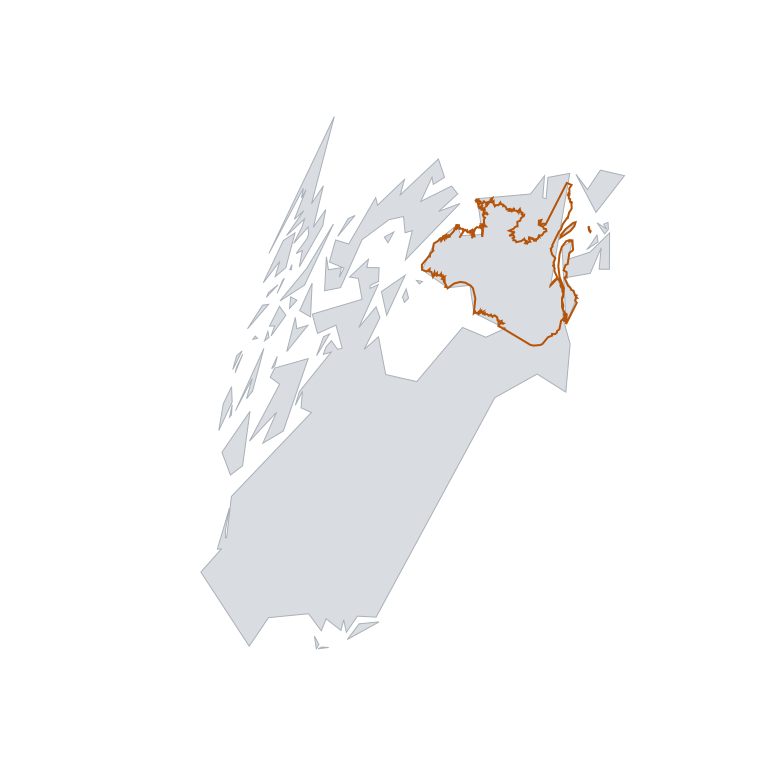 location of Québec within Canada, rotated 297°
{"feature_id": "CAN-683", "entity_name": "Québec", "entity_type": "Province", "adm_level": 1, "iso_a3": "CAN", "parent_name": "Canada", "parent_adm1": "", "projection": "robinson", "projection_center": [-69.443, 53.796], "detail": "fine", "context": "in_parent", "style": "outline", "palette": "amber", "viewbox_px": 768, "rotation_deg": 297, "n_neighbors": 0, "source": "natural_earth", "source_scale": "10m", "svg_char_len": 9871}
<svg xmlns="http://www.w3.org/2000/svg" viewBox="0 0 768 768"><g transform="rotate(297 384 384)"><path d="M145.1,421.1L123.4,387.2L89.2,382.9L133.3,306.2L163.2,314.0L161.2,310.5L203.4,302.6L181.1,309.3L174.9,312.7L175.8,313.5L214.6,299.1L325.7,332.3L325.1,320.9L340.5,314.7L324.8,314.6L338.8,312.1L388.6,322.5L382.8,316.5L390.5,315.5L398.7,317.4L393.8,327.0L396.9,330.5L414.6,314.5L398.9,301.8L413.7,288.4L449.5,326.0L466.4,313.2L463.7,304.7L488.1,313.5L480.0,315.9L485.4,326.9L472.9,332.5L466.5,327.7L464.7,327.2L462.9,328.2L469.9,333.7L422.8,335.9L449.2,341.9L441.2,350.3L405.8,350.6L423.5,357.7L393.2,381.2L401.0,412.1L470.0,428.3L471.9,453.6L488.6,466.7L488.2,431.8L510.9,415.8L498.7,397.1L503.1,366.3L531.7,364.7L558.9,376.9L551.1,385.2L561.8,403.6L591.6,383.2L619.8,428.3L642.3,432.5L622.1,440.9L622.7,444.3L642.5,436.3L656.0,453.9L547.7,487.6L556.7,490.8L545.8,502.7L538.9,504.8L523.2,514.2L504.1,531.7L459.3,549.7L462.4,515.9L422.1,488.9L172.7,482.8L165.1,465.7L145.7,463.2L155.6,455.1L144.9,457.5L148.5,439.0L135.6,440.2L145.1,421.1ZM458.8,295.8L469.1,295.7L467.9,280.0L490.4,275.5L492.7,289.0L546.3,292.0L540.4,297.1L575.6,309.4L559.8,312.6L609.2,330.3L595.7,344.1L584.2,337.3L590.0,332.9L563.4,333.9L591.0,354.3L586.9,363.4L562.5,354.3L579.3,369.7L504.2,346.7L533.5,339.6L528.3,334.1L542.1,325.4L532.6,313.8L502.5,298.9L450.1,301.5L440.1,288.7L471.2,274.9L460.6,282.6L468.3,293.2L458.8,295.8ZM448.1,222.2L599.7,218.3L511.5,237.6L533.0,240.0L491.5,249.9L512.9,252.9L497.2,257.6L449.9,255.4L465.9,250.6L460.4,246.5L478.6,249.4L483.4,248.8L489.4,245.1L468.3,239.7L486.8,239.7L495.0,238.3L472.1,229.8L502.2,233.9L490.0,229.4L521.6,226.4L512.3,226.0L521.8,223.3L448.1,222.2ZM272.0,290.1L336.4,291.1L338.3,279.6L348.5,279.3L372.2,304.9L296.4,315.6L276.3,303.0L310.0,301.1L272.0,290.1ZM576.2,517.5L560.5,496.6L548.6,516.6L520.2,519.0L587.3,480.2L596.6,486.7L578.9,491.5L595.0,507.7L621.1,516.4L588.6,532.7L583.9,523.6L603.9,515.7L576.2,517.5ZM249.6,270.6L298.8,277.0L247.0,295.1L233.2,288.5L249.6,270.6ZM419.4,230.5L466.2,229.2L478.2,236.1L443.1,243.7L430.2,238.3L445.9,235.5L419.4,230.5ZM410.8,253.6L451.7,262.6L503.7,266.3L436.0,268.3L410.8,253.6ZM292.9,263.8L361.2,260.8L318.1,270.1L308.5,268.2L329.0,264.1L292.9,263.8ZM658.0,459.8L649.6,477.0L672.8,479.7L678.8,503.7L633.1,495.0L658.0,459.8ZM368.8,282.6L403.0,274.8L393.7,281.1L401.8,289.6L368.8,282.6ZM446.4,355.2L465.2,339.8L490.5,353.5L446.4,355.2ZM411.1,275.5L441.2,274.2L410.4,288.1L411.1,275.5ZM312.4,249.4L299.0,256.9L267.5,257.9L293.3,249.8L312.4,249.4ZM405.8,255.6L400.7,265.4L375.6,261.6L386.2,260.2L383.5,255.7L405.8,255.6ZM371.2,237.3L399.1,240.0L402.6,245.0L371.2,237.3ZM139.7,467.3L159.0,470.7L169.8,487.6L139.7,467.3ZM494.6,275.7L515.1,277.0L521.1,281.7L494.6,275.7ZM378.6,311.1L398.7,308.7L404.0,312.8L378.6,311.1ZM419.3,261.3L419.1,268.4L408.4,265.5L419.3,261.3ZM413.0,239.6L424.3,244.5L407.9,239.8L413.0,239.6ZM515.0,317.6L524.0,323.8L511.7,323.4L515.0,317.6ZM332.2,245.0L346.6,244.6L326.3,246.3L332.2,245.0ZM360.2,276.4L350.5,278.5L346.7,276.9L360.2,276.4ZM624.4,500.7L623.1,512.2L626.1,507.1L629.7,510.2L623.7,513.7L617.9,512.5L624.4,500.7ZM342.3,239.9L349.0,242.5L328.2,242.7L342.3,239.9ZM614.1,481.7L605.1,480.5L594.6,474.5L606.3,476.2L614.1,481.7ZM478.8,360.6L471.6,366.9L466.0,365.1L469.9,361.0L478.8,360.6ZM117.4,443.9L127.7,436.5L122.3,444.3L117.4,443.9ZM416.2,247.6L430.8,246.6L433.0,247.3L416.2,247.6ZM378.0,256.7L373.3,260.4L368.3,258.0L378.0,256.7ZM595.9,503.6L601.3,504.8L613.4,506.1L607.8,510.2L595.9,503.6ZM491.0,365.8L492.8,371.6L489.1,370.2L491.0,365.8ZM296.7,258.1L287.2,262.1L284.4,261.4L296.7,258.1ZM448.6,247.8L443.7,249.6L443.2,248.1L448.6,247.8ZM368.2,247.5L367.2,250.6L364.3,246.9L368.2,247.5ZM118.2,445.5L121.3,447.8L124.1,454.3L118.2,445.5Z" fill="#d9dde1" stroke="#a8b0b8" stroke-width="1"/><path d="M487.5,465.1L488.7,467.0L487.5,464.9L487.5,459.6L489.7,458.9L489.5,459.8L491.4,460.4L491.6,462.6L492.4,463.1L492.2,461.0L493.7,460.2L491.3,457.7L492.8,457.0L492.5,456.1L494.7,454.7L495.0,453.4L496.0,453.4L495.0,453.2L495.4,451.4L493.7,450.5L494.2,450.3L493.2,448.9L494.4,447.7L492.4,446.4L493.1,444.3L491.7,442.2L493.1,441.6L491.5,440.4L492.3,439.2L493.3,439.4L491.8,438.1L492.9,437.6L490.8,437.0L492.5,436.2L490.2,436.0L490.9,435.5L489.7,435.0L488.9,432.8L489.4,432.5L487.8,431.9L501.8,426.5L509.7,419.8L511.0,416.6L511.2,410.5L509.6,405.6L505.4,400.9L498.2,397.2L498.9,396.6L498.4,394.5L500.1,394.7L501.6,392.3L504.6,390.6L503.0,390.4L504.3,389.3L504.0,387.9L505.4,388.1L506.2,389.1L507.1,389.2L505.6,387.6L507.3,387.1L506.5,386.1L508.1,384.9L505.2,384.8L506.7,384.3L504.6,382.0L506.9,380.8L504.2,380.0L506.4,378.3L501.9,378.8L505.4,375.3L504.9,373.2L507.0,372.5L503.7,371.0L503.0,366.1L507.5,363.6L519.5,366.3L517.5,367.3L521.2,366.0L526.1,367.7L524.9,366.8L531.9,364.6L536.5,367.6L538.5,367.6L538.6,368.9L537.4,370.0L538.7,370.2L538.7,369.1L541.1,369.6L541.7,370.3L541.1,370.7L542.6,371.3L542.0,371.9L540.9,371.8L540.5,372.3L542.6,371.9L542.8,371.0L545.2,371.9L543.2,373.4L545.2,373.6L543.6,374.0L544.6,374.2L544.2,374.6L545.2,375.7L545.7,375.1L552.0,376.9L554.4,376.3L554.5,378.0L556.0,378.6L557.7,378.0L557.7,376.5L558.5,376.3L559.5,378.7L557.3,379.7L557.6,380.6L556.6,381.0L558.0,383.5L557.9,384.8L556.6,384.8L556.6,385.5L548.6,384.8L557.2,385.7L558.3,386.6L557.7,388.0L558.6,388.4L557.1,389.6L557.8,390.7L557.0,391.3L559.2,390.9L560.5,392.0L558.4,392.6L559.8,393.3L558.7,393.5L559.0,395.0L557.6,395.9L556.3,393.6L556.7,395.6L553.7,396.1L555.9,396.0L556.6,397.6L559.5,395.2L563.5,394.8L566.0,395.6L566.4,397.6L567.4,398.0L566.4,401.7L562.3,403.1L559.6,404.8L566.0,402.4L566.7,401.7L567.6,398.5L568.7,397.7L569.7,400.1L567.9,402.1L569.7,400.7L570.5,398.7L571.1,400.7L570.5,403.1L570.7,403.4L571.6,400.8L575.8,398.4L578.0,398.5L578.1,396.9L579.5,395.4L582.4,397.4L581.8,399.9L583.2,397.7L581.3,396.0L583.4,395.3L582.1,394.8L586.5,393.7L583.8,392.7L583.6,391.7L585.3,391.8L584.8,390.8L586.2,391.6L584.8,389.8L588.6,390.8L585.8,389.6L584.8,387.7L586.3,386.7L587.9,387.4L588.5,387.4L586.9,386.4L589.1,383.7L588.6,383.2L589.2,382.3L591.3,382.9L589.3,383.2L591.0,384.4L589.0,385.0L590.6,386.1L589.1,388.8L590.5,390.2L592.8,389.7L591.8,390.4L591.7,392.4L593.3,394.0L590.2,393.5L589.4,394.7L593.2,395.1L594.3,396.3L596.9,395.1L598.8,396.2L595.0,397.0L594.9,398.0L596.6,398.7L594.4,399.8L592.7,402.1L594.1,402.4L595.3,404.8L598.5,405.3L597.3,406.6L597.8,408.1L596.7,409.3L597.6,409.5L596.8,412.5L595.2,414.0L596.9,416.3L594.9,416.5L595.5,417.9L597.0,418.3L596.1,419.5L600.0,420.0L597.4,420.9L598.6,423.4L598.0,424.8L601.0,425.5L598.8,426.5L600.5,426.7L599.4,427.8L599.3,429.7L597.9,429.4L597.3,430.8L598.5,432.0L597.4,432.4L593.9,430.7L591.4,431.2L589.0,429.2L585.1,431.4L583.8,429.7L581.0,428.9L577.4,425.9L577.8,429.4L578.6,430.6L578.0,431.2L572.9,428.3L575.4,431.7L574.1,433.4L572.5,432.5L572.5,433.4L570.8,434.0L571.6,436.1L570.4,437.5L573.9,441.6L576.9,443.0L576.1,443.5L576.2,446.0L573.5,445.8L574.1,447.9L575.8,447.8L577.2,449.7L578.8,447.3L580.6,446.7L581.2,450.2L580.4,449.8L580.8,452.4L579.9,452.6L580.7,454.4L581.5,454.2L581.3,452.9L583.4,455.1L585.8,454.7L585.7,455.7L586.9,454.8L588.1,457.2L592.1,457.7L593.8,459.3L595.6,458.0L594.9,455.9L596.3,454.5L596.1,449.6L599.9,447.9L601.6,449.8L598.1,450.2L596.7,451.4L599.1,452.8L600.0,455.2L598.7,455.0L599.3,455.6L646.1,455.6L646.5,460.8L642.3,460.3L639.9,461.8L635.8,462.1L635.8,463.2L633.2,464.4L633.3,466.7L632.7,465.6L630.5,467.6L630.5,468.7L625.6,471.6L620.8,471.1L614.3,472.6L615.3,471.8L607.2,470.7L602.1,471.5L599.3,470.7L583.9,470.9L583.1,471.8L580.3,471.1L579.8,471.7L580.6,472.1L579.2,471.8L575.7,475.0L573.9,479.5L569.1,479.9L566.7,482.0L566.3,482.0L566.8,481.5L566.6,480.9L566.3,480.8L564.9,483.3L561.9,484.7L557.4,490.3L552.4,488.3L547.9,487.5L547.3,487.7L557.0,490.6L555.5,493.8L553.3,496.3L551.5,496.8L549.6,500.0L548.0,500.6L545.2,503.2L541.3,503.6L533.0,508.0L532.8,508.9L531.8,509.2L529.8,512.1L527.4,512.9L525.7,514.5L522.7,513.9L525.8,515.8L524.3,516.1L522.9,517.0L522.0,516.2L522.6,513.8L520.8,513.1L512.4,515.4L509.8,514.2L508.2,514.7L506.0,513.7L504.9,511.0L503.4,511.8L500.2,508.9L491.3,506.9L489.4,505.1L486.2,500.0L485.3,496.7L487.5,465.1ZM543.9,518.9L520.1,519.0L529.0,515.2L529.6,512.6L531.8,509.5L535.0,508.3L539.0,505.1L541.4,503.9L542.5,504.2L545.5,503.1L546.6,502.3L547.9,502.1L551.1,500.7L559.1,491.8L568.0,485.9L579.4,481.5L587.0,480.2L593.9,481.5L597.2,484.7L594.3,483.7L597.1,485.8L596.4,486.5L597.1,486.9L589.2,491.6L584.8,489.7L574.2,493.2L572.4,491.7L566.8,492.4L566.6,495.9L561.9,498.2L561.9,497.0L560.5,496.7L555.0,503.5L554.5,506.1L552.9,508.0L553.1,510.6L549.9,513.8L550.3,515.3L549.0,515.2L548.4,516.9L547.7,515.9L545.1,516.4L543.9,518.9ZM604.8,480.5L594.4,474.7L597.1,473.9L604.4,475.5L613.4,479.4L615.1,481.2L610.9,482.0L604.8,480.5ZM529.2,512.6L528.5,515.0L525.7,515.0L527.8,514.0L529.2,512.6ZM561.4,392.9L560.6,394.4L559.6,394.4L560.1,393.5L559.7,392.9L561.4,392.9ZM615.6,495.8L615.1,496.4L614.3,497.0L614.8,496.9L615.6,495.9L616.2,495.7L613.6,498.2L614.8,498.6L613.2,498.8L613.8,497.1L616.4,495.1L617.7,495.0L615.6,495.8ZM548.6,500.6L548.6,501.4L546.8,501.9L548.6,500.6ZM526.6,514.0L527.5,513.0L528.8,512.7L527.6,513.9L526.6,514.0ZM571.2,399.3L571.9,400.2L571.2,400.2L571.2,399.3ZM524.5,516.2L526.1,516.0L524.2,516.6L524.5,516.2ZM636.4,463.2L637.2,463.1L635.9,463.7L636.4,463.2ZM637.4,462.3L636.9,462.6L636.2,462.5L636.8,462.1L637.4,462.3ZM556.0,376.9L555.6,377.6L555.4,377.6L555.4,377.0L556.0,376.9ZM561.6,394.0L562.2,394.2L561.2,394.5L561.6,394.0ZM631.1,468.7L630.8,467.7L631.1,467.7L631.4,468.4L631.1,468.7ZM541.7,369.6L542.6,369.7L542.7,369.8L541.7,369.6ZM526.1,515.3L526.5,515.6L525.6,515.3L526.1,515.3ZM551.9,497.1L552.7,496.9L551.9,497.4L551.9,497.1ZM545.2,374.5L545.8,374.2L545.8,374.5L545.2,374.5ZM637.5,462.4L637.7,462.8L637.3,462.8L637.5,462.4ZM539.6,368.3L540.1,368.4L540.5,368.5L539.6,368.3Z" fill="none" stroke="#b45309" stroke-width="2"/></g></svg>